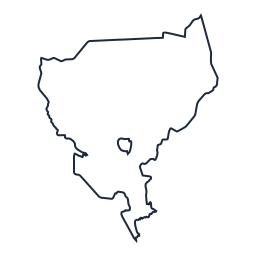 outline of Tillabéri
{"feature_id": "NER-4859", "entity_name": "Tillabéri", "entity_type": "Department", "adm_level": 1, "iso_a3": "NER", "parent_name": "Niger", "parent_adm1": "", "projection": "equal_earth", "projection_center": [2.123, 13.809], "detail": "fine", "context": "isolated", "style": "outline", "palette": "slate", "viewbox_px": 256, "rotation_deg": 0, "n_neighbors": 0, "source": "natural_earth", "source_scale": "10m", "svg_char_len": 5622}
<svg xmlns="http://www.w3.org/2000/svg" viewBox="0 0 256 256"><path d="M156.2,210.9L155.7,211.8L154.6,211.9L154.2,212.0L153.3,211.9L152.8,212.1L152.4,212.5L151.7,213.6L151.3,214.0L150.8,214.2L150.3,213.8L149.9,214.0L149.6,214.3L149.5,214.8L149.4,215.2L149.3,215.7L148.7,217.0L148.3,217.3L146.7,216.7L146.4,216.8L145.9,217.3L145.6,217.5L145.4,217.5L145.0,217.2L144.8,217.1L143.3,217.7L143.1,217.9L142.7,218.4L142.4,218.6L142.1,218.6L142.0,218.3L141.9,218.0L141.8,217.9L141.3,217.9L140.8,217.8L140.5,217.9L140.3,218.7L140.1,219.3L139.9,219.2L139.6,218.9L139.3,218.8L139.1,219.0L138.7,219.6L138.6,219.8L138.0,219.9L137.0,219.8L136.4,219.9L135.4,220.6L135.0,221.6L135.0,222.9L135.4,226.2L136.9,231.8L137.2,232.3L137.5,232.8L137.9,233.3L138.4,233.6L138.8,233.7L139.1,234.0L139.2,234.7L139.2,235.8L138.8,235.9L138.4,235.6L137.9,235.7L137.6,236.1L137.3,237.0L137.0,237.4L136.6,237.5L136.2,237.5L135.8,237.6L135.6,238.4L135.6,239.0L136.2,240.0L136.2,240.6L134.0,238.1L130.5,231.6L127.4,225.9L124.1,219.9L122.2,216.4L121.4,214.3L121.5,212.6L122.1,211.9L124.7,211.2L124.9,211.0L125.2,210.4L125.5,210.2L126.1,210.5L126.3,210.6L128.9,210.3L129.5,210.1L129.9,209.4L129.8,208.1L129.8,207.9L129.9,207.2L129.7,206.5L129.2,205.7L128.9,205.3L128.6,204.4L128.4,203.6L128.0,200.0L127.9,199.3L127.6,198.5L127.2,197.8L126.4,197.2L125.9,196.7L125.5,196.1L125.3,195.7L125.0,194.6L123.9,192.8L122.1,192.2L117.9,191.7L117.5,192.0L116.7,193.1L116.2,193.5L115.9,193.4L115.6,193.3L115.2,193.4L115.0,193.6L114.7,194.4L114.0,195.9L113.5,197.0L113.0,198.1L112.2,198.7L111.5,198.8L105.9,198.2L101.4,197.7L100.0,197.2L98.7,196.3L95.7,192.9L93.3,190.2L89.7,186.2L88.6,185.0L85.4,181.4L82.7,178.4L80.2,175.7L78.9,174.8L75.8,174.4L74.5,173.5L74.1,172.6L74.0,171.5L74.0,170.4L74.0,166.6L74.0,161.1L74.0,156.1L74.6,153.7L75.5,153.9L79.0,155.8L81.3,156.5L82.3,157.1L82.6,157.0L83.1,154.9L83.3,154.3L83.5,154.0L84.3,154.3L85.0,155.1L85.9,155.6L87.1,155.0L86.2,153.8L85.5,153.2L84.8,152.9L83.0,152.6L82.2,152.3L77.4,149.4L76.0,148.0L75.1,146.2L74.9,143.5L73.2,141.0L70.8,139.2L68.8,138.4L67.1,138.6L66.3,138.5L65.5,138.0L65.0,137.3L64.9,136.9L65.1,136.7L65.1,136.1L65.1,135.6L64.9,135.2L64.5,135.1L58.7,135.3L57.5,134.8L56.9,133.3L57.1,132.5L57.6,131.2L57.8,130.1L57.5,129.6L56.7,129.2L56.2,128.5L55.7,127.7L54.3,126.4L53.6,125.6L53.4,125.3L53.1,124.6L52.7,123.5L52.4,123.0L51.5,122.2L51.2,121.8L51.2,121.2L51.5,120.1L51.5,119.6L51.1,118.9L50.3,118.4L49.6,117.8L49.2,116.7L49.2,115.7L48.7,115.2L48.1,114.8L47.7,114.2L47.7,113.7L48.1,112.7L48.1,112.3L48.0,111.8L47.7,111.5L47.4,111.3L47.2,110.9L46.6,109.8L46.4,109.1L46.6,108.4L47.7,106.3L47.9,105.6L48.1,103.7L48.3,103.2L48.7,102.5L48.7,102.0L48.6,101.7L46.8,98.4L40.5,90.9L39.9,90.1L38.6,87.3L38.4,84.3L41.3,73.5L41.0,71.7L39.8,68.3L39.8,66.6L40.4,65.7L41.0,65.0L41.4,64.2L41.3,62.9L41.1,60.0L41.1,58.5L41.4,57.9L47.2,59.8L48.7,59.8L50.1,59.4L52.9,58.1L54.3,58.0L61.0,61.2L61.6,61.1L62.8,60.8L64.1,60.1L65.4,59.5L72.0,59.2L73.2,58.9L74.3,58.2L78.0,53.7L80.8,50.3L84.3,46.0L87.3,42.4L88.5,41.5L89.9,41.0L93.2,40.9L97.4,40.7L101.6,40.5L105.8,40.3L110.0,40.1L114.2,39.9L118.5,39.7L122.7,39.6L126.9,39.4L131.1,39.2L135.3,39.0L139.5,38.8L143.8,38.6L148.0,38.4L152.2,38.2L156.4,38.0L160.6,37.9L162.8,37.8L163.0,37.0L163.0,34.8L163.1,33.7L163.2,33.1L163.5,32.8L164.2,32.6L166.0,32.6L171.2,33.7L179.4,35.6L183.9,36.6L184.1,36.7L184.9,36.9L185.3,30.1L185.7,28.6L189.6,25.5L193.0,20.6L194.5,19.5L198.0,18.6L199.7,17.4L200.7,15.7L200.9,15.4L201.2,16.2L211.1,52.4L210.9,60.6L211.1,63.1L211.4,64.3L217.6,77.8L216.9,84.8L215.6,86.7L214.4,87.1L214.0,87.4L213.6,87.9L213.2,89.7L212.6,90.4L211.9,91.0L208.5,93.1L208.2,93.2L207.0,93.1L206.4,93.2L205.9,93.4L205.3,93.7L204.7,94.1L198.7,100.9L197.4,103.3L197.2,103.8L197.0,104.7L195.4,113.7L195.1,114.9L194.3,116.3L186.2,126.2L184.8,127.3L177.5,131.4L177.0,131.5L176.3,131.2L171.8,128.7L171.1,128.4L170.5,128.4L170.1,129.0L169.3,130.8L168.8,132.4L168.0,137.4L167.8,138.3L167.5,139.1L166.9,139.4L166.2,139.5L163.1,139.5L162.8,139.6L162.4,139.9L162.1,140.6L161.2,143.4L160.8,144.0L160.1,144.3L158.9,144.7L158.0,145.0L157.8,145.3L157.7,145.6L157.6,146.8L157.4,148.2L157.1,149.4L157.0,150.1L157.0,150.4L157.1,150.7L157.5,151.8L157.5,152.2L157.6,152.5L157.1,155.2L156.4,157.6L155.6,159.3L155.3,159.7L155.0,159.9L154.8,159.9L154.5,159.8L154.0,159.6L153.5,159.2L153.3,159.0L153.2,159.0L152.3,158.9L151.7,158.9L150.2,159.3L146.4,163.2L146.2,163.4L145.7,163.6L145.3,163.8L145.0,163.9L144.5,163.9L143.9,163.8L142.9,163.5L142.7,163.4L142.4,163.5L142.0,163.6L141.4,164.0L141.0,164.5L140.5,165.3L140.2,165.9L140.0,166.3L139.9,166.7L139.9,167.0L140.0,167.4L142.7,175.4L142.8,175.5L143.0,175.5L149.7,176.4L150.4,176.7L150.9,177.1L151.1,178.1L151.0,178.6L150.9,178.9L150.1,179.5L148.6,181.2L148.4,181.4L147.4,182.0L146.8,182.6L146.1,183.4L145.8,183.8L145.7,184.2L145.6,184.6L145.5,185.3L145.6,186.0L145.6,186.7L146.4,190.5L146.5,191.2L146.5,192.0L146.4,193.1L146.1,194.5L146.1,196.0L146.4,200.0L146.5,201.1L146.7,201.9L146.7,203.5L146.8,204.0L148.6,204.0L148.9,204.4L149.1,204.3L149.3,203.8L149.3,203.5L149.5,203.1L149.6,202.7L149.8,202.4L150.2,202.2L150.6,202.4L150.9,203.0L151.1,203.8L151.1,205.3L151.2,207.0L151.7,208.3L152.7,208.9L153.6,209.1L155.2,210.4L156.2,210.9ZM124.4,139.1L122.3,138.5L120.6,138.5L119.0,139.3L118.1,140.8L117.9,142.1L118.0,144.2L118.8,146.4L119.8,148.3L121.1,150.0L122.6,150.7L124.2,151.0L125.6,151.3L127.0,151.1L127.2,151.9L127.5,152.9L127.8,153.9L128.7,152.9L129.4,152.2L130.3,149.9L130.8,147.4L131.2,145.0L131.3,143.2L131.2,141.6L130.5,141.1L129.4,141.4L129.0,140.8L129.1,139.0L128.7,138.8L126.7,139.0L124.4,139.1Z" fill="none" stroke="#1e293b" stroke-width="2"/></svg>